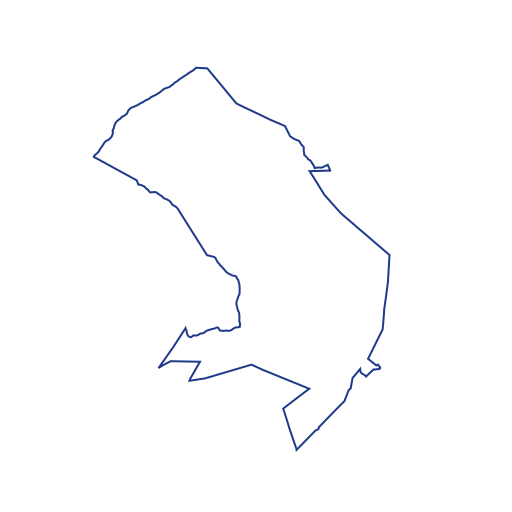 Tapalapa, Chiapas, Mexico, rotated 344°
{"feature_id": "50627088B95959525466025", "entity_name": "Tapalapa", "entity_type": "district", "adm_level": 2, "iso_a3": "MEX", "parent_name": "Mexico", "parent_adm1": "Chiapas", "projection": "orthographic", "projection_center": [-93.122, 17.217], "detail": "fine", "context": "isolated", "style": "outline", "palette": "blue", "viewbox_px": 512, "rotation_deg": 344, "n_neighbors": 0, "source": "geoboundaries", "source_scale": "gbopen_adm2", "svg_char_len": 5522}
<svg xmlns="http://www.w3.org/2000/svg" viewBox="0 0 512 512"><g transform="rotate(344 256 256)"><path d="M241.6,453.5L256.4,445.1L265.1,440.1L268.2,439.7L269.3,437.9L282.8,430.1L289.3,426.4L295.7,422.8L301.0,419.9L304.2,415.6L305.4,414.1L307.6,411.1L309.3,409.8L310.5,409.4L315.2,399.9L324.9,393.4L324.5,395.3L324.8,397.1L325.2,397.9L328.2,401.1L328.5,402.2L337.8,397.4L338.8,397.9L342.2,398.3L342.9,398.7L343.4,398.6L344.6,397.8L344.5,396.9L344.3,396.8L343.3,394.0L341.5,394.3L340.8,393.4L335.4,385.7L348.6,371.2L357.6,361.3L359.6,356.1L360.9,352.6L362.9,347.2L364.1,343.9L364.1,343.6L366.4,338.4L369.9,330.6L372.2,325.3L375.6,317.5L377.6,311.8L379.6,306.1L382.6,297.6L384.6,291.9L380.0,284.9L377.1,280.4L373.8,275.5L370.8,270.9L367.8,266.3L364.7,261.6L361.6,257.0L358.8,252.6L355.5,247.6L352.4,243.0L349.4,238.3L346.7,232.8L344.7,228.7L341.1,221.2L338.6,216.1L335.3,204.3L333.1,196.5L330.9,189.2L337.0,190.8L341.3,191.9L344.9,192.8L349.7,194.0L350.3,194.5L350.9,194.3L350.1,188.1L347.5,188.6L346.1,188.7L345.0,189.0L344.0,189.1L343.3,189.1L342.3,188.8L341.0,188.3L339.7,188.1L338.4,187.7L336.7,187.8L336.4,185.2L335.3,181.2L334.5,179.1L332.9,177.5L332.2,175.6L331.3,173.8L330.2,172.0L330.7,170.3L330.8,168.3L331.9,164.5L330.2,161.1L329.2,157.4L324.9,153.9L321.8,150.3L319.7,139.1L314.7,135.0L307.1,128.8L301.1,123.4L290.1,113.7L287.1,111.1L283.2,107.6L279.2,104.0L276.0,96.7L273.8,91.7L270.1,83.1L265.1,71.8L260.9,62.2L250.1,58.5L249.1,59.2L247.7,59.8L246.4,60.3L244.7,60.8L243.7,61.0L242.6,61.4L241.4,61.8L239.8,62.3L238.6,62.8L237.4,63.1L236.3,63.4L235.1,63.8L233.3,64.4L232.6,64.6L232.0,64.7L231.5,64.9L231.0,65.1L230.1,65.5L229.6,65.7L228.8,66.1L227.9,66.4L226.3,66.7L224.1,67.8L222.8,68.5L221.3,68.8L219.7,69.6L213.6,70.0L211.8,70.8L210.1,71.6L207.8,72.5L206.0,72.9L204.9,73.3L203.4,73.6L201.4,73.9L199.8,74.2L198.6,74.5L197.8,74.9L196.8,75.2L195.7,75.7L193.9,75.7L192.1,76.2L190.7,76.6L189.6,77.0L188.4,77.1L187.7,77.3L186.9,77.5L185.9,77.6L184.8,78.0L183.8,78.3L182.7,78.5L181.1,78.7L176.3,79.2L175.8,79.5L175.1,80.0L174.4,80.3L173.9,80.6L173.5,80.8L173.0,81.2L172.8,81.7L172.4,82.2L172.0,82.6L171.5,83.1L170.9,83.6L170.6,83.9L170.0,84.1L169.2,84.4L168.6,84.6L167.5,84.9L166.2,85.2L165.7,85.3L165.0,85.6L164.6,85.7L163.5,86.5L162.8,86.8L162.0,87.0L161.2,87.3L160.0,87.9L158.7,88.5L157.7,89.5L156.7,90.4L155.6,92.0L154.4,94.1L153.3,95.2L152.6,96.2L152.5,98.0L151.7,99.4L150.9,100.5L149.7,101.8L147.9,102.8L147.2,103.2L146.7,103.4L146.0,103.7L145.0,103.8L144.1,104.0L143.3,104.2L142.4,104.7L141.4,105.3L140.2,106.5L139.3,107.3L138.7,107.8L138.0,108.4L136.9,109.1L136.2,109.7L135.4,110.4L134.5,111.4L133.4,112.4L131.8,113.3L131.2,113.6L130.5,113.9L129.9,114.1L129.0,114.6L128.3,114.9L127.4,116.0L162.2,150.4L162.5,153.0L162.4,154.1L162.5,154.3L162.8,155.1L163.0,155.1L163.6,155.2L164.0,155.5L164.3,155.6L164.7,155.8L165.0,156.0L165.4,156.3L166.1,157.0L166.3,157.2L166.9,157.6L167.5,158.1L168.0,158.7L168.3,159.1L168.4,159.4L168.5,159.5L168.8,160.3L169.2,161.0L169.9,161.7L170.4,162.8L170.4,163.0L170.6,163.3L170.8,163.5L171.1,164.3L171.2,164.5L171.3,164.7L171.5,165.1L171.7,165.6L171.9,165.8L172.8,165.9L173.4,166.0L176.3,166.6L176.5,166.8L177.8,167.3L178.6,168.7L178.9,168.8L179.1,169.3L179.5,169.7L180.6,171.1L181.0,171.5L181.5,171.9L182.0,172.8L182.6,173.5L182.8,174.3L183.2,174.8L183.6,175.3L184.4,175.9L185.1,176.4L185.7,176.8L187.1,178.2L187.3,178.4L187.9,179.0L188.3,179.8L188.6,180.5L189.1,181.4L189.4,182.8L189.7,183.5L190.0,184.0L191.8,185.7L193.3,187.7L194.1,189.7L194.7,192.3L194.8,192.5L195.2,193.7L195.4,194.5L209.1,241.7L209.2,241.8L209.3,241.9L209.8,242.0L212.5,243.7L213.7,244.3L215.2,245.2L215.6,245.6L216.4,246.5L216.8,248.5L217.2,250.3L217.4,251.2L217.8,252.2L218.7,253.8L218.8,254.8L219.3,255.5L220.3,256.9L220.7,258.2L221.6,259.9L222.2,261.3L223.3,263.6L224.1,264.5L224.6,265.2L225.3,265.8L225.5,266.1L226.1,266.5L226.8,267.2L227.0,267.5L227.5,267.9L229.1,268.8L229.4,269.0L229.5,269.1L230.5,269.6L231.4,270.4L231.4,272.0L232.3,274.3L232.2,276.1L232.2,277.0L232.2,277.8L232.1,279.3L231.9,280.2L231.3,282.8L231.0,283.9L230.6,285.1L229.9,287.4L229.2,288.6L228.7,289.0L228.1,289.8L227.7,290.2L226.4,292.2L226.0,292.7L225.0,294.2L224.2,295.7L223.9,296.8L223.9,297.8L223.7,299.1L223.7,304.1L223.8,304.2L224.1,305.8L223.6,308.7L223.6,308.8L223.3,309.8L222.6,312.2L222.1,313.5L221.9,314.5L222.0,315.2L222.0,317.2L221.4,317.9L221.3,318.4L220.9,319.7L219.7,319.7L218.9,319.5L218.3,319.4L217.0,319.1L216.1,319.2L215.2,319.3L213.3,319.8L212.0,320.5L209.5,320.5L208.9,320.5L207.6,319.7L206.6,319.4L205.2,319.2L203.8,319.0L203.3,318.8L202.6,318.4L201.6,318.0L200.9,317.8L200.7,317.4L200.6,317.1L200.2,315.9L200.1,315.1L199.7,314.3L198.5,313.9L197.2,314.1L196.4,314.2L195.6,314.3L193.7,314.0L193.1,314.1L192.0,314.2L191.2,314.1L189.6,314.1L189.4,314.2L189.1,314.2L188.6,314.2L187.0,314.5L186.1,315.0L185.3,315.2L184.3,315.6L183.1,315.7L182.5,315.4L181.7,315.3L180.9,315.3L180.3,315.4L179.2,315.8L178.2,316.1L177.0,316.0L176.8,315.9L176.1,315.8L175.4,315.7L174.9,315.3L174.3,315.1L173.7,315.2L173.3,315.3L172.5,315.8L172.2,315.8L170.7,316.1L170.4,315.8L169.7,315.3L169.0,314.5L168.6,313.7L168.5,313.3L168.4,312.1L168.3,310.8L168.4,309.9L168.7,308.4L168.6,307.6L168.2,306.9L168.3,306.0L151.1,321.0L131.4,336.8L136.3,335.4L145.0,333.6L173.0,342.2L172.2,343.0L158.9,355.9L157.7,357.6L159.8,357.9L160.2,357.9L173.1,359.6L221.7,359.2L231.4,367.5L270.6,398.3L261.1,401.9L255.9,403.9L240.1,410.2L240.3,416.7L240.5,423.3L240.6,430.8L241.7,453.0L241.6,453.5Z" fill="none" stroke="#1e3a8a" stroke-width="2"/></g></svg>